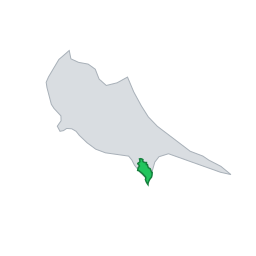 where Famagusta sits in Cyprus, rotated 55°
{"feature_id": "CYP-3466", "entity_name": "Famagusta", "entity_type": "District", "adm_level": 1, "iso_a3": "CYP", "parent_name": "Cyprus", "parent_adm1": "", "projection": "mercator", "projection_center": [33.923, 35.018], "detail": "fine", "context": "in_parent", "style": "filled", "palette": "green", "viewbox_px": 256, "rotation_deg": 55, "n_neighbors": 0, "source": "natural_earth", "source_scale": "10m", "svg_char_len": 1354}
<svg xmlns="http://www.w3.org/2000/svg" viewBox="0 0 256 256"><g transform="rotate(55 128 128)"><path d="M179.3,135.6L181.6,141.6L171.8,143.4L162.0,144.0L156.5,143.2L151.4,143.6L135.4,160.7L126.8,166.6L116.6,170.0L106.2,172.1L101.0,172.4L96.4,174.5L93.2,178.5L93.1,182.4L91.7,185.6L86.0,184.9L83.7,178.7L79.6,176.0L69.5,177.4L64.6,177.2L48.4,171.2L43.6,168.8L40.5,163.7L32.2,145.3L30.8,131.7L38.6,135.1L45.8,130.9L52.8,124.0L61.1,121.1L66.3,122.4L71.4,123.6L80.7,121.4L84.7,111.1L86.0,99.2L101.7,102.6L117.6,104.4L130.6,105.0L143.4,103.0L182.7,90.4L193.9,82.8L200.7,80.2L212.7,73.9L225.2,70.4L217.2,77.7L172.3,109.6L169.3,119.1L171.3,125.6L177.7,133.5L179.3,135.6Z" fill="#d9dde1" stroke="#a8b0b8" stroke-width="1"/><path d="M169.2,133.1L169.8,133.4L170.8,133.8L172.2,134.1L174.1,133.2L178.0,134.1L178.3,133.7L179.2,134.4L180.4,135.4L181.7,136.9L182.6,139.8L183.6,141.6L184.8,143.3L185.8,144.1L184.6,144.1L182.4,143.9L180.2,143.3L179.3,142.2L178.3,141.7L173.6,142.3L169.5,143.5L168.6,144.1L168.3,144.4L166.7,142.8L166.3,142.4L166.2,142.0L166.0,141.1L165.9,140.6L165.7,140.4L165.2,140.3L163.9,140.4L163.3,140.5L162.6,140.3L162.6,138.0L162.0,137.2L159.9,136.3L160.4,135.2L161.2,134.5L162.4,133.9L163.0,134.4L163.6,135.0L164.8,134.8L165.9,134.0L166.5,133.3L166.9,132.7L168.5,133.9L169.2,133.1Z" fill="#22c55e" stroke="#15803d" stroke-width="1.5"/></g></svg>